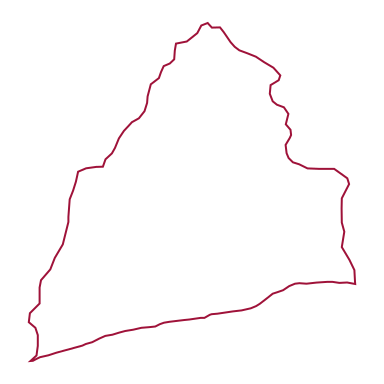 Agios Tychon, Limassol, Cyprus (Albers equal-area conic projection)
{"feature_id": "46923920B2520611836654", "entity_name": "Agios Tychon", "entity_type": "district", "adm_level": 2, "iso_a3": "CYP", "parent_name": "Cyprus", "parent_adm1": "Limassol", "projection": "albers", "projection_center": [33.134, 34.723], "detail": "fine", "context": "isolated", "style": "outline", "palette": "rose", "viewbox_px": 384, "rotation_deg": 0, "n_neighbors": 0, "source": "geoboundaries", "source_scale": "gbopen_adm2", "svg_char_len": 1687}
<svg xmlns="http://www.w3.org/2000/svg" viewBox="0 0 384 384"><path d="M30.5,361.0L32.9,360.8L35.9,359.2L40.0,357.2L48.4,355.3L56.4,352.7L82.4,345.6L85.8,344.0L92.2,342.2L99.2,338.6L105.3,335.9L112.4,334.7L119.2,332.6L125.2,331.0L133.2,329.7L141.4,327.8L149.8,327.1L155.3,326.5L159.8,324.2L164.0,322.7L169.4,321.8L176.0,321.0L184.4,320.0L189.4,319.5L200.5,317.9L204.4,317.9L209.8,314.8L211.6,314.2L217.4,313.7L232.9,311.4L241.6,310.4L250.8,308.3L256.1,306.1L259.8,303.8L267.3,298.0L272.7,293.7L277.6,292.1L283.1,290.2L289.2,286.1L295.0,283.7L299.4,283.2L306.5,283.7L316.3,282.6L326.8,281.9L332.7,281.9L339.4,282.9L347.1,282.5L355.2,284.0L355.0,281.7L354.4,270.1L349.4,259.8L341.8,247.1L344.3,231.7L341.8,222.6L341.6,208.4L341.8,198.3L349.1,184.1L347.3,178.3L334.2,168.9L319.9,168.9L307.5,168.4L299.2,164.3L292.9,162.3L288.6,158.0L286.6,153.2L285.6,144.9L289.8,137.9L291.1,135.0L290.5,129.8L285.8,124.3L288.4,113.9L283.9,107.3L276.9,104.7L272.7,101.3L269.8,93.8L270.6,85.1L278.7,80.2L280.3,75.4L273.4,67.7L264.0,62.1L255.9,56.7L247.4,53.3L239.3,50.3L234.7,46.8L230.6,42.2L223.7,32.1L220.0,27.4L211.9,27.6L207.9,23.3L207.7,23.0L201.3,25.5L197.3,33.1L186.8,41.5L176.0,43.6L174.8,50.6L174.2,59.3L169.8,63.5L163.7,66.1L161.0,72.1L158.9,78.1L150.8,84.3L147.6,96.4L147.1,102.9L144.5,111.2L138.9,118.3L131.9,122.2L130.3,124.0L123.9,130.9L118.9,138.4L115.0,147.9L111.9,153.4L105.5,159.3L102.9,166.7L96.3,166.9L86.1,168.3L78.1,171.7L75.9,181.7L73.1,190.6L69.7,199.3L68.4,216.9L68.4,221.8L68.4,222.0L62.8,244.4L54.8,257.9L50.3,269.4L41.0,280.2L39.6,287.5L39.6,303.5L29.9,313.2L28.8,322.2L35.4,327.8L37.8,335.1L37.8,345.9L36.5,355.5L30.5,361.0Z" fill="none" stroke="#9f1239" stroke-width="2"/></svg>